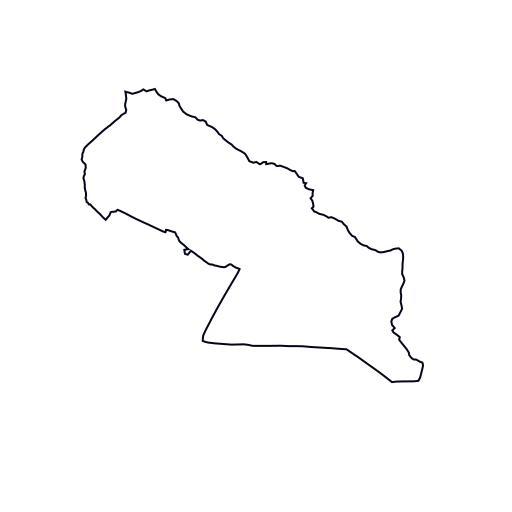 outline of Keiyo North, Rift Valley, Kenya, rotated 298°
{"feature_id": "3690345B12433983427802", "entity_name": "Keiyo North", "entity_type": "district", "adm_level": 2, "iso_a3": "KEN", "parent_name": "Kenya", "parent_adm1": "Rift Valley", "projection": "equal_earth", "projection_center": [35.542, 0.697], "detail": "fine", "context": "isolated", "style": "outline", "palette": "ink", "viewbox_px": 512, "rotation_deg": 298, "n_neighbors": 0, "source": "geoboundaries", "source_scale": "gbopen_adm2", "svg_char_len": 5063}
<svg xmlns="http://www.w3.org/2000/svg" viewBox="0 0 512 512"><g transform="rotate(298 256 256)"><path d="M339.8,63.5L337.0,65.6L333.9,67.7L331.1,68.5L328.9,69.1L326.9,70.0L323.9,72.9L321.2,73.6L319.2,72.2L316.8,70.9L314.6,70.5L311.6,69.3L309.0,68.1L308.2,67.8L306.8,67.3L305.2,66.7L304.2,66.3L302.8,65.9L301.2,64.9L300.1,64.5L296.9,63.0L288.0,59.7L285.0,58.7L281.4,57.5L275.8,55.4L271.5,54.1L269.3,54.0L267.7,54.4L266.9,54.7L265.7,54.6L264.3,54.9L263.0,55.6L261.6,56.3L259.4,56.7L258.6,57.8L257.8,58.9L256.8,62.5L253.9,64.3L249.9,64.9L248.0,66.5L245.7,66.5L243.7,67.1L241.6,69.2L238.7,71.3L236.3,72.5L234.3,74.0L231.7,76.4L229.3,77.7L227.2,78.2L225.8,79.9L224.1,81.2L224.1,82.4L223.7,83.3L223.1,84.3L223.7,85.2L223.4,86.3L223.1,87.1L222.7,88.1L222.4,89.1L222.1,90.1L221.8,91.4L221.6,92.3L221.1,93.6L220.7,94.8L220.3,96.3L220.0,97.7L219.8,98.6L219.3,99.8L218.9,101.0L218.5,102.1L218.2,103.0L218.0,103.9L217.7,105.1L217.4,106.3L221.6,107.1L222.7,107.5L223.5,107.4L226.6,107.2L227.3,108.0L228.1,109.3L228.8,110.3L229.6,111.4L230.7,111.6L231.8,112.1L231.9,113.2L232.0,114.2L232.1,115.4L232.1,116.4L232.2,118.2L232.3,119.7L232.3,121.3L232.3,123.1L232.3,124.2L232.3,125.2L232.3,126.9L232.4,131.1L232.4,132.4L232.6,135.6L232.9,141.7L233.2,145.8L233.3,147.0L233.3,148.2L233.5,151.6L233.5,152.7L233.6,153.8L233.8,157.8L234.0,162.5L234.5,164.9L235.5,164.7L236.8,164.3L237.3,165.6L237.6,166.4L237.8,168.0L238.0,169.3L238.3,170.9L238.9,173.3L238.0,174.7L237.1,175.8L236.3,176.8L236.0,177.8L235.7,178.6L234.0,180.2L233.3,181.2L232.8,182.5L232.4,183.9L232.2,184.9L232.0,186.5L230.3,193.0L229.7,192.2L228.7,190.9L227.8,189.8L226.1,191.0L225.3,191.7L224.6,192.3L224.7,193.2L225.1,195.1L230.1,196.0L229.9,198.3L229.4,201.5L229.2,202.6L229.0,203.7L228.7,205.6L228.6,206.7L228.2,209.9L227.6,212.0L226.9,217.5L226.9,219.0L227.5,220.6L228.0,221.3L228.1,222.6L228.2,223.9L228.6,225.0L229.0,226.4L229.4,228.2L229.8,229.7L230.4,231.2L230.8,232.4L231.3,233.3L232.0,234.1L233.1,234.8L234.0,235.2L234.7,235.7L235.3,236.0L236.0,236.4L236.6,237.0L236.8,237.8L236.8,238.7L236.6,239.7L236.4,240.6L236.4,241.7L236.3,243.5L236.5,244.8L236.7,246.0L236.7,247.7L235.9,247.7L235.1,247.7L234.1,247.8L231.3,247.8L224.2,247.5L220.5,247.3L216.0,247.1L208.6,246.8L202.8,246.6L191.0,246.3L184.6,246.3L180.6,246.2L176.4,246.3L173.3,246.3L166.0,246.4L165.2,246.5L164.4,246.5L161.0,246.7L156.0,248.8L156.5,252.3L156.9,253.5L157.2,254.7L157.6,255.6L159.6,260.8L166.3,276.1L172.3,286.7L173.9,290.9L175.1,295.2L178.5,301.7L179.6,303.8L181.5,307.3L185.0,313.8L188.2,319.6L191.6,326.8L195.4,334.0L198.2,339.6L198.6,340.5L201.4,347.1L202.9,350.4L204.7,354.3L207.8,361.1L208.4,362.5L209.1,363.8L210.3,366.5L212.6,371.9L213.0,372.7L213.4,373.7L216.1,379.7L215.9,381.8L214.9,390.6L214.9,391.7L212.9,406.6L211.1,420.2L210.9,421.3L210.7,422.7L208.5,435.3L210.6,438.3L211.6,439.9L212.0,440.7L213.7,443.6L215.4,446.8L217.4,450.4L219.7,454.6L222.0,458.0L225.6,458.0L229.0,457.2L231.0,456.7L234.2,455.9L237.8,454.9L240.0,453.0L239.6,450.0L239.8,446.2L238.7,443.9L238.8,441.8L239.2,440.4L240.5,437.7L242.4,436.4L244.5,432.7L246.0,429.2L247.9,424.7L249.3,421.7L251.9,421.0L252.6,417.2L253.0,413.4L254.3,411.3L257.5,412.3L259.0,408.5L261.6,406.3L264.2,405.8L266.4,406.9L268.4,408.5L270.3,409.9L272.6,409.9L275.4,409.9L278.1,409.7L280.5,407.8L283.4,405.2L286.9,403.9L289.6,402.6L291.8,400.8L294.6,399.4L297.4,399.2L300.8,399.1L303.9,398.7L306.5,396.4L308.7,393.5L311.0,392.3L314.0,391.1L318.0,389.0L320.4,388.1L323.5,386.8L327.1,384.6L329.1,382.0L329.8,378.5L329.0,377.2L327.9,375.6L326.6,374.1L325.8,373.4L323.9,372.1L322.1,369.8L319.5,367.0L317.6,364.2L316.9,361.4L317.1,360.5L317.2,359.0L317.0,357.5L316.6,356.1L316.2,354.6L316.2,351.5L316.8,349.0L315.9,346.1L315.8,343.0L316.6,339.1L318.0,336.6L319.2,334.5L318.9,331.5L320.4,327.6L321.9,325.1L324.5,322.1L325.4,318.4L326.6,315.7L325.8,312.4L326.0,307.9L325.6,304.2L323.8,302.1L324.1,299.4L324.0,296.2L322.9,292.0L323.0,289.2L322.9,288.3L322.6,286.3L323.3,285.2L324.3,282.9L326.6,283.6L329.2,281.7L331.3,279.7L332.6,277.1L335.6,277.8L338.4,276.3L341.0,275.6L339.8,271.6L339.6,267.9L341.1,265.9L343.8,266.1L343.0,263.6L344.5,262.5L346.6,260.8L346.0,256.6L347.8,253.1L349.2,250.3L348.1,248.5L348.0,245.7L348.1,242.1L347.6,238.3L347.1,235.0L345.1,232.1L346.0,229.1L345.4,226.7L344.8,225.5L343.8,224.3L342.8,223.1L341.9,221.9L343.7,220.8L342.1,218.2L340.3,217.4L339.4,216.8L338.8,216.1L339.2,212.2L337.1,209.8L336.6,205.6L338.2,203.2L340.0,200.4L341.0,198.6L341.4,196.1L341.5,193.1L341.5,192.1L341.4,190.2L341.5,187.4L342.3,183.8L343.0,182.1L343.2,179.0L343.7,175.9L344.5,171.9L346.0,169.4L346.3,166.0L347.5,163.8L348.7,160.5L349.2,156.5L348.9,152.9L348.8,151.3L351.1,148.5L351.1,145.3L349.4,143.2L348.9,140.7L350.0,137.2L349.0,133.6L348.5,128.3L349.3,123.9L350.8,121.1L352.5,118.1L354.6,116.2L355.5,113.4L355.8,109.5L353.6,106.2L351.2,103.7L352.8,101.8L352.5,97.2L352.9,93.7L354.2,91.2L356.0,88.3L354.4,86.7L352.6,84.5L350.0,82.1L350.2,78.3L347.4,76.8L344.7,74.4L342.7,72.3L341.1,70.6L340.8,67.8L340.1,65.3L339.8,63.5Z" fill="none" stroke="#020617" stroke-width="2"/></g></svg>